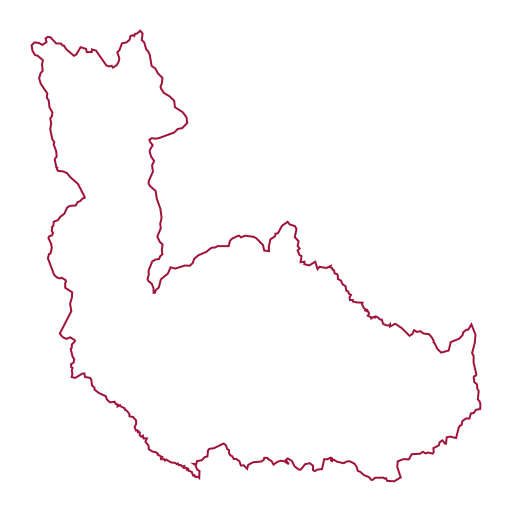 Sam Ngao, Tak, Thailand (Mercator projection)
{"feature_id": "78962969B22995817485860", "entity_name": "Sam Ngao", "entity_type": "district", "adm_level": 2, "iso_a3": "THA", "parent_name": "Thailand", "parent_adm1": "Tak", "projection": "mercator", "projection_center": [98.845, 17.483], "detail": "fine", "context": "isolated", "style": "outline", "palette": "rose", "viewbox_px": 512, "rotation_deg": 0, "n_neighbors": 0, "source": "geoboundaries", "source_scale": "gbopen_adm2", "svg_char_len": 5945}
<svg xmlns="http://www.w3.org/2000/svg" viewBox="0 0 512 512"><path d="M471.4,324.4L468.3,329.6L466.2,329.8L463.1,332.5L462.7,334.8L459.4,338.6L450.7,342.1L448.7,350.5L441.2,352.6L437.3,348.9L434.7,343.3L433.5,342.4L433.8,341.2L432.2,338.0L429.2,334.3L423.5,333.5L420.3,331.2L416.9,331.9L414.1,330.2L412.3,334.1L409.5,335.8L401.6,328.0L395.4,323.8L390.0,326.5L390.0,324.5L389.3,325.5L386.3,325.3L383.1,323.9L381.8,319.6L380.3,319.6L377.2,317.0L375.2,316.5L375.1,317.5L373.1,317.1L371.2,318.5L370.8,317.1L367.8,315.7L369.1,313.5L368.2,311.5L366.7,311.2L367.0,310.1L365.2,310.3L365.6,309.2L363.7,307.9L362.0,304.2L362.5,302.7L355.7,302.3L353.0,301.5L352.9,300.1L349.9,300.0L349.5,297.4L351.0,294.9L348.7,293.5L348.3,291.5L346.3,290.8L345.6,286.3L342.5,284.2L341.0,280.6L337.8,278.9L337.9,275.5L336.8,273.9L334.7,273.5L334.0,270.3L332.7,269.8L332.3,268.2L330.1,267.3L330.6,266.0L326.4,268.0L319.5,266.8L317.6,269.1L315.2,261.7L309.3,265.4L304.3,264.2L304.5,261.7L300.6,262.2L301.5,256.1L299.4,254.9L297.6,250.5L299.7,248.6L297.6,245.9L298.6,241.2L294.8,237.2L296.5,228.9L294.8,226.1L289.6,224.4L287.6,221.8L281.9,225.9L278.0,233.2L275.5,233.7L274.9,236.4L270.4,239.3L268.8,246.8L269.0,251.1L264.2,250.5L263.0,245.1L256.4,238.3L253.6,236.8L244.9,235.7L241.0,237.4L239.2,235.7L237.9,235.9L232.2,238.6L230.0,240.7L228.7,246.1L217.7,246.1L215.3,247.4L211.4,247.8L206.2,251.9L198.2,255.4L194.1,258.9L192.8,263.0L189.7,265.8L185.0,265.5L175.1,268.6L170.6,267.3L167.9,273.6L160.9,279.3L158.8,287.5L155.7,290.2L155.0,292.7L153.6,292.8L153.5,288.1L151.7,283.7L148.5,281.1L147.5,279.2L148.8,274.6L148.6,270.6L152.2,261.5L155.2,259.7L159.2,258.9L160.1,256.3L162.4,254.3L161.8,250.2L162.6,244.5L159.9,242.0L157.3,236.6L160.8,228.2L160.2,223.8L161.6,218.0L160.4,208.9L156.7,198.4L155.7,191.1L149.7,185.7L148.5,183.2L148.9,180.7L152.9,171.7L152.1,165.2L154.1,161.0L151.2,156.7L149.8,152.2L149.8,150.0L152.7,145.2L150.2,142.1L149.4,139.7L151.8,138.2L156.1,138.7L159.5,137.9L174.2,132.5L177.8,128.9L182.1,128.2L187.2,123.0L186.5,117.3L182.6,112.1L174.9,107.2L174.2,100.8L169.4,96.2L164.1,93.1L161.2,89.0L160.5,86.5L161.8,83.6L162.5,78.0L158.0,73.5L155.3,68.5L151.6,65.9L149.8,55.1L148.2,51.4L146.3,49.6L144.2,42.4L141.7,40.0L142.6,33.6L140.3,30.7L136.9,33.6L134.9,33.9L134.3,36.0L132.5,35.2L130.4,36.1L129.7,39.7L126.5,42.4L121.9,43.4L119.5,50.1L117.3,52.3L119.4,58.5L118.4,62.3L116.7,65.1L112.9,67.6L111.6,65.8L109.3,66.4L106.4,65.5L96.0,50.6L92.0,49.4L91.7,52.0L86.8,52.1L86.0,48.9L80.6,47.2L76.3,54.5L73.9,55.8L66.1,49.1L63.9,45.6L62.4,45.4L61.1,43.6L56.1,43.4L50.4,37.2L47.8,36.9L45.6,38.4L46.5,42.1L42.3,44.9L38.7,42.9L34.3,42.5L31.6,45.3L32.5,50.9L35.1,55.1L37.6,55.7L42.9,60.2L42.0,64.6L42.7,70.8L40.6,73.1L39.1,78.2L40.8,83.9L47.3,93.5L46.8,97.6L48.7,100.4L49.5,107.4L52.4,112.4L52.0,116.1L50.2,118.5L51.2,122.8L50.3,129.4L52.2,138.9L54.3,142.3L53.6,144.4L56.1,150.8L56.7,156.4L54.7,159.4L56.4,167.5L57.3,167.8L56.9,169.0L58.2,171.0L63.2,171.4L67.1,173.2L70.4,177.3L77.9,183.8L84.7,197.0L84.6,197.9L83.0,198.2L80.0,201.2L77.5,202.3L75.8,205.5L70.2,205.8L67.3,207.3L64.3,213.7L60.3,216.8L58.0,220.1L53.8,221.7L53.3,225.9L52.1,226.8L51.8,231.0L53.0,233.1L51.9,235.5L49.4,236.1L48.4,238.0L51.1,243.7L51.8,247.9L50.5,253.4L49.0,254.0L47.9,258.3L54.1,274.8L56.8,277.4L59.8,278.4L61.7,277.8L65.4,280.0L66.0,281.6L65.2,283.0L65.2,287.8L72.2,292.3L71.9,297.5L70.1,303.7L71.3,311.2L59.8,333.6L62.8,337.2L66.3,338.9L70.2,337.3L74.8,340.2L74.8,341.6L71.9,344.4L71.7,347.9L70.7,348.9L72.7,357.0L74.3,359.2L73.6,362.6L71.0,364.2L71.3,367.2L72.6,368.0L71.8,370.4L72.4,374.0L71.7,377.1L75.3,377.9L82.3,373.6L84.4,373.5L85.1,377.0L90.1,377.9L91.2,379.3L92.1,385.6L94.4,387.5L94.5,389.6L98.8,393.0L105.9,396.3L106.8,399.4L110.0,402.4L114.6,401.7L115.7,404.0L117.6,404.4L117.5,406.4L119.9,405.1L120.1,406.0L124.8,408.4L124.9,409.7L126.9,410.8L129.3,413.9L129.5,416.3L133.1,417.0L136.1,420.5L136.1,424.0L134.6,427.1L136.0,430.5L137.7,430.4L138.0,432.2L139.1,431.8L139.9,432.7L139.6,435.1L141.3,436.7L143.0,435.7L143.5,438.5L146.9,438.4L145.4,441.6L148.6,445.8L148.8,449.2L152.4,451.5L156.1,452.3L157.8,453.7L157.6,454.6L162.3,457.1L160.8,458.3L161.1,459.3L164.3,459.2L165.0,460.5L166.2,459.6L171.2,462.5L175.1,462.9L176.9,464.1L177.9,463.5L178.7,465.1L180.7,465.0L182.1,466.5L184.2,466.0L183.7,467.8L185.8,467.8L186.7,469.3L187.1,468.4L188.2,468.8L188.4,470.6L191.7,471.9L193.2,475.6L194.5,475.2L195.2,476.9L198.1,476.8L199.2,477.9L199.5,471.1L196.9,469.2L195.5,465.1L193.9,464.0L196.3,464.2L197.0,461.1L201.9,460.2L204.6,457.2L207.4,456.4L208.0,450.5L209.2,448.9L214.0,448.2L223.6,443.5L225.8,445.1L227.3,449.2L229.0,450.1L229.1,453.3L230.4,455.4L232.1,456.1L233.8,459.0L236.0,458.9L239.3,461.1L240.9,465.5L243.8,465.3L247.1,468.8L248.2,464.9L253.0,462.3L261.5,461.5L263.9,459.6L264.3,457.8L267.5,457.9L268.3,459.2L271.6,461.1L273.5,464.6L277.4,461.8L280.9,460.8L284.0,461.1L288.8,464.2L285.9,459.9L287.7,458.4L291.8,460.9L294.7,466.5L298.7,469.5L300.7,469.7L305.1,464.2L309.8,463.2L313.0,465.7L312.9,470.0L314.7,471.1L317.7,469.5L322.0,469.1L324.2,459.2L327.1,459.3L330.9,457.6L331.6,458.1L330.9,460.3L332.0,461.2L333.2,459.4L337.2,461.8L343.8,463.2L346.4,461.6L349.5,461.2L354.5,463.7L356.6,466.7L357.7,470.8L360.5,472.0L363.9,475.1L369.0,477.1L371.2,479.9L372.7,479.8L375.0,477.8L383.1,477.6L384.6,478.6L385.9,478.1L387.2,480.9L394.2,481.3L400.7,477.4L397.2,466.8L397.8,461.3L403.7,459.1L408.9,459.4L411.7,454.2L419.9,453.8L422.9,451.8L425.5,453.4L427.9,452.5L432.6,453.6L433.7,452.3L433.4,448.1L438.7,445.5L439.8,442.1L442.4,440.4L444.9,443.6L446.0,443.7L446.7,437.3L450.0,436.6L456.1,438.0L458.7,427.6L460.0,425.6L461.5,425.0L462.5,420.9L466.2,418.4L469.4,418.6L470.9,413.4L473.7,413.1L475.9,409.8L480.2,409.0L480.4,404.3L479.6,401.4L477.8,399.3L478.7,391.1L477.3,388.5L477.0,384.4L474.3,382.1L473.7,377.4L474.0,376.4L476.1,375.5L476.3,374.2L473.6,362.6L473.6,356.0L472.1,353.1L474.8,342.7L475.5,334.6L471.4,324.4Z" fill="none" stroke="#9f1239" stroke-width="2"/></svg>